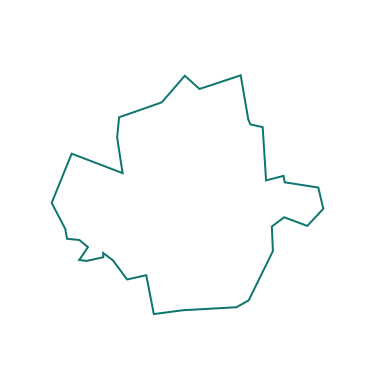 the district of Roanoke, Virginia, United States of America, rotated 207°
{"feature_id": "52423323B30503653704079", "entity_name": "Roanoke", "entity_type": "district", "adm_level": 2, "iso_a3": "USA", "parent_name": "United States of America", "parent_adm1": "Virginia", "projection": "albers", "projection_center": [-79.961, 37.274], "detail": "fine", "context": "isolated", "style": "outline", "palette": "teal", "viewbox_px": 384, "rotation_deg": 207, "n_neighbors": 0, "source": "geoboundaries", "source_scale": "gbopen_adm2", "svg_char_len": 591}
<svg xmlns="http://www.w3.org/2000/svg" viewBox="0 0 384 384"><g transform="rotate(207 192 192)"><path d="M73.9,214.1L67.4,236.7L81.5,253.3L113.8,242.7L117.8,247.9L131.3,236.0L158.5,281.9L170.7,278.7L174.8,282.2L201.6,318.1L232.1,287.2L251.2,292.3L259.6,258.2L290.9,225.5L283.4,206.5L262.4,177.3L316.6,171.5L312.1,118.6L288.1,101.5L282.1,93.6L270.6,98.1L259.7,95.6L261.6,80.2L254.7,82.7L241.4,93.6L243.4,97.3L231.7,95.3L210.1,84.6L195.0,97.1L170.6,65.9L146.3,82.6L100.1,109.5L92.3,121.2L93.1,176.1L105.2,197.5L98.4,211.3L73.9,214.1Z" fill="none" stroke="#0f766e" stroke-width="2"/></g></svg>